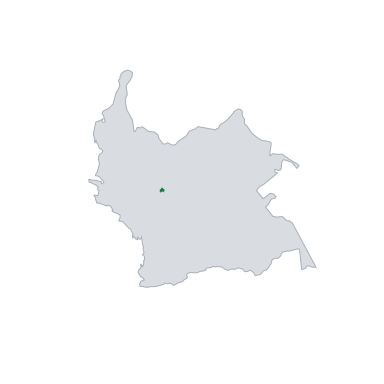 location of Topaipí, Cundinamarca, Colombia, rotated 321°
{"feature_id": "7082276B13508800069021", "entity_name": "Topaipí", "entity_type": "district", "adm_level": 2, "iso_a3": "COL", "parent_name": "Colombia", "parent_adm1": "Cundinamarca", "projection": "orthographic", "projection_center": [-74.26, 5.35], "detail": "fine", "context": "in_parent", "style": "filled", "palette": "green", "viewbox_px": 384, "rotation_deg": 321, "n_neighbors": 0, "source": "geoboundaries", "source_scale": "gbopen_adm2", "svg_char_len": 4754}
<svg xmlns="http://www.w3.org/2000/svg" viewBox="0 0 384 384"><g transform="rotate(321 192 192)"><path d="M217.9,64.7L214.5,66.1L207.7,67.9L203.0,75.6L199.9,77.0L195.9,81.6L193.1,87.2L190.9,98.8L185.1,108.5L185.6,109.0L187.9,108.5L190.1,107.4L190.9,107.8L191.7,109.5L194.4,109.9L196.5,117.8L200.6,121.8L201.0,123.4L201.6,126.7L200.1,128.7L199.7,136.0L201.0,137.7L204.1,138.5L206.1,143.0L207.4,144.0L209.2,144.7L213.7,144.0L221.7,144.7L223.6,144.6L228.1,143.0L233.8,144.9L238.0,145.2L249.6,158.7L250.7,158.3L252.2,159.1L255.1,157.7L257.6,157.4L260.8,158.1L265.1,158.1L273.8,156.6L275.1,155.8L279.8,156.5L281.2,157.5L282.0,160.0L281.4,161.6L279.8,163.2L278.9,165.3L278.8,167.8L277.9,169.6L276.4,170.8L275.8,172.5L276.2,174.8L275.5,185.1L276.1,186.0L276.7,190.2L278.7,195.7L279.7,197.2L281.4,198.5L284.5,203.0L283.8,204.5L276.0,211.7L275.6,213.3L277.1,212.6L279.5,213.3L280.4,215.0L286.2,219.8L286.2,221.7L287.8,225.4L287.6,226.2L291.6,236.7L291.8,238.9L288.4,239.6L288.3,232.5L287.8,231.1L283.9,224.9L283.2,224.4L280.6,225.1L276.4,229.8L274.4,230.5L272.8,229.9L271.2,227.1L270.2,226.6L269.2,229.0L270.5,231.0L251.8,231.2L248.1,230.3L243.1,231.4L243.1,242.1L251.9,242.2L254.4,245.2L254.1,247.7L254.5,248.6L252.4,249.1L249.3,247.5L243.8,249.5L239.7,250.0L239.5,261.8L241.9,264.7L246.6,267.8L247.3,269.9L247.0,271.9L248.1,274.5L249.7,275.8L249.7,277.3L250.5,279.0L241.0,328.6L237.7,325.6L236.5,322.9L234.9,321.8L231.8,322.7L228.4,321.3L239.3,304.5L239.0,303.0L229.9,298.9L229.0,297.9L224.7,295.7L222.3,296.3L220.9,297.4L217.6,297.8L215.0,296.0L211.8,294.9L208.0,297.7L206.8,297.7L204.1,298.9L201.2,299.4L197.5,298.2L194.4,299.0L192.3,298.9L191.5,298.0L188.8,297.0L188.5,295.8L189.2,293.8L188.1,289.7L187.6,289.0L185.5,288.9L183.1,287.4L182.7,286.6L183.2,284.9L182.7,283.5L180.4,280.2L177.1,279.3L174.0,276.6L170.8,275.6L169.3,273.7L168.0,269.2L164.7,265.8L162.4,264.6L161.6,263.0L159.3,262.8L156.1,260.6L154.7,260.4L153.7,261.5L150.7,260.3L148.2,258.7L145.6,258.2L143.9,257.2L140.8,254.0L137.5,252.5L135.5,253.0L134.9,255.4L133.8,255.8L129.9,255.2L129.3,255.7L128.3,255.6L123.6,253.8L119.0,253.1L117.8,249.2L114.8,247.7L113.9,245.8L111.8,246.0L103.9,242.4L100.7,239.8L97.9,238.4L94.9,235.6L94.5,234.4L92.2,232.8L93.3,230.7L96.1,229.1L99.6,230.4L100.0,227.9L98.8,225.7L99.4,220.8L100.3,219.7L102.3,218.7L103.5,219.1L104.2,218.3L107.1,218.7L108.0,218.3L110.2,216.4L111.2,214.8L112.2,215.0L114.5,212.3L114.1,209.6L116.4,209.1L118.7,204.7L119.7,204.6L120.2,202.5L124.3,195.3L122.8,196.2L121.3,195.6L121.5,193.2L121.0,192.9L119.7,194.8L118.6,192.9L118.9,189.8L117.1,190.4L117.1,189.6L119.8,187.3L120.9,182.0L120.1,180.1L119.6,172.1L119.1,170.6L116.9,168.6L120.4,166.3L121.6,164.6L120.1,161.0L118.1,158.0L118.0,156.2L119.2,156.4L119.7,151.5L118.6,149.6L117.2,149.5L112.7,142.2L111.1,140.7L112.4,137.2L113.7,135.6L113.5,133.0L114.4,133.1L116.3,135.5L117.1,135.2L120.2,132.9L120.3,130.7L122.7,128.5L119.3,121.0L118.2,119.8L119.6,117.4L120.4,117.6L121.7,119.9L123.8,121.5L127.0,125.7L128.3,126.6L127.3,127.5L127.1,128.5L127.6,129.1L129.4,129.2L130.1,128.1L129.7,123.0L128.9,120.4L127.3,118.6L127.8,117.9L131.0,116.7L137.8,111.9L140.1,107.3L141.9,105.7L143.9,104.6L146.3,104.9L148.2,104.3L148.8,102.9L147.5,99.7L149.0,95.4L148.9,93.2L149.9,91.9L149.5,91.4L147.1,92.9L149.6,89.9L151.4,85.3L161.1,77.1L167.4,79.1L169.4,79.0L166.8,80.0L166.4,81.2L167.3,82.4L168.3,82.8L169.1,82.0L171.2,77.2L171.5,74.6L172.5,73.7L173.8,73.3L180.0,74.5L185.8,74.1L195.4,67.2L202.5,64.3L204.3,61.5L204.7,59.4L206.0,58.6L207.4,58.6L208.2,57.4L211.5,55.6L215.0,55.4L218.8,56.9L220.5,59.7L220.8,61.7L217.9,64.7ZM107.2,217.8L106.8,218.2L105.9,217.5L105.7,216.7L106.2,216.1L106.8,216.3L107.2,217.8Z" fill="#d9dde1" stroke="#a8b0b8" stroke-width="1"/><path d="M168.9,172.1L169.0,172.1L169.3,172.1L169.4,171.9L169.5,172.0L169.7,172.3L169.8,172.4L169.7,172.4L169.8,172.4L169.8,172.5L170.0,172.5L170.1,172.4L170.2,172.5L170.2,172.4L170.3,172.4L170.5,172.4L170.6,172.5L170.7,172.8L170.7,173.0L170.8,172.9L170.8,172.7L171.0,172.7L171.2,172.8L171.3,172.7L171.2,172.6L171.1,172.4L171.1,172.2L171.2,171.9L171.1,171.7L171.0,171.4L171.0,171.2L170.9,171.0L170.8,170.9L170.7,170.9L170.4,170.9L170.5,170.9L170.4,171.0L170.5,171.0L170.4,171.1L170.5,171.1L170.4,171.1L170.2,171.0L170.2,170.9L170.1,171.0L170.1,170.9L169.9,170.9L169.9,171.0L169.7,171.2L169.4,171.1L169.2,171.0L169.1,170.9L169.1,170.7L168.9,170.6L168.8,170.8L168.7,170.9L168.7,171.0L168.8,171.1L168.9,171.3L169.0,171.3L168.9,171.4L169.0,171.4L168.9,171.4L168.9,171.5L169.0,171.5L168.9,171.5L169.0,171.5L168.9,171.5L169.0,171.6L168.9,171.6L169.0,171.6L168.9,171.6L169.0,171.6L169.0,171.8L168.9,171.9L169.0,171.9L168.9,171.9L169.0,172.0L168.9,172.0L169.0,172.0L168.9,172.1L168.9,172.1Z" fill="#22c55e" stroke="#15803d" stroke-width="1.5"/></g></svg>